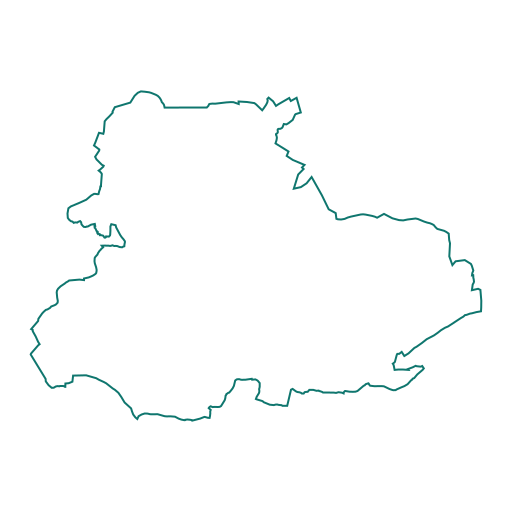 Micestii De Campie, Bistrita-Nasaud, Romania (orthographic projection)
{"feature_id": "2599482B41315370322587", "entity_name": "Micestii De Campie", "entity_type": "district", "adm_level": 2, "iso_a3": "ROU", "parent_name": "Romania", "parent_adm1": "Bistrita-Nasaud", "projection": "orthographic", "projection_center": [24.308, 46.848], "detail": "fine", "context": "isolated", "style": "outline", "palette": "teal", "viewbox_px": 512, "rotation_deg": 0, "n_neighbors": 0, "source": "geoboundaries", "source_scale": "gbopen_adm2", "svg_char_len": 5994}
<svg xmlns="http://www.w3.org/2000/svg" viewBox="0 0 512 512"><path d="M209.6,417.9L210.0,416.0L210.3,413.2L210.2,411.7L210.7,409.9L208.7,408.1L209.1,407.5L209.8,406.8L210.7,406.3L212.6,407.1L214.2,406.9L217.9,407.0L219.3,406.9L220.2,406.6L221.1,406.0L224.7,400.2L225.3,398.1L225.6,395.7L225.9,395.4L226.5,394.0L226.9,393.9L227.8,393.1L228.6,392.7L229.2,392.6L230.9,390.6L232.6,388.4L233.9,385.9L235.2,380.5L236.7,379.4L237.9,379.2L239.3,379.2L240.9,379.7L242.0,379.8L245.6,379.7L251.8,378.8L252.1,379.7L255.4,379.4L257.3,380.4L258.0,381.0L259.7,383.1L259.7,386.6L259.5,387.9L259.1,389.1L259.3,390.3L259.3,391.9L258.9,393.2L256.7,396.8L255.9,399.0L256.8,399.4L262.2,401.0L262.9,401.4L263.7,402.2L269.8,404.7L273.9,405.1L275.5,404.6L277.1,404.5L278.7,404.9L281.6,405.2L282.4,405.8L287.2,405.8L291.0,389.7L292.6,388.9L296.0,391.4L297.3,392.0L299.5,392.3L301.1,392.9L301.8,393.5L303.7,393.5L304.6,392.2L306.0,391.9L307.7,391.8L309.3,389.9L313.4,389.9L316.5,390.8L318.7,390.6L319.2,391.1L320.1,391.2L322.3,392.0L322.9,392.5L333.6,392.6L336.1,392.9L338.5,392.2L342.0,392.7L343.6,393.4L343.7,392.4L344.8,391.1L345.3,391.0L349.5,391.7L352.8,391.8L355.4,391.7L357.5,391.0L363.6,385.8L364.7,385.3L365.7,384.2L368.4,383.3L368.8,383.7L368.8,384.1L370.1,385.7L374.4,386.2L381.3,386.1L383.9,386.3L389.5,389.0L392.4,390.0L393.4,390.2L395.7,390.1L396.5,389.5L401.2,387.4L404.4,386.1L407.6,384.2L411.2,380.2L412.2,379.6L412.6,378.7L414.2,378.1L417.3,374.4L422.6,369.9L423.8,368.4L422.2,366.0L421.0,366.6L420.2,366.6L416.6,366.2L415.7,365.8L412.7,367.3L407.8,369.1L408.4,369.9L402.4,369.5L398.6,369.5L394.6,369.9L393.8,365.8L393.4,364.5L392.8,363.7L394.1,362.7L394.9,361.9L396.7,355.1L397.3,353.9L399.3,353.8L401.7,351.9L404.3,356.0L408.5,353.4L414.4,347.9L416.5,346.8L421.9,343.0L426.7,339.2L434.0,335.4L437.7,332.8L441.0,330.2L445.1,327.7L448.0,326.5L460.8,318.1L463.4,316.6L465.0,315.1L466.5,314.9L470.0,313.6L471.9,313.3L476.4,312.1L481.0,311.3L481.2,307.6L481.3,300.7L480.4,289.9L478.1,288.8L471.9,290.2L472.7,284.5L473.6,282.9L474.0,281.7L473.7,279.2L473.3,277.7L473.3,276.3L473.2,275.2L472.0,275.4L472.3,273.1L473.3,270.5L471.8,265.7L470.9,263.9L464.8,260.1L455.6,261.3L452.4,265.1L449.3,256.4L450.0,243.3L449.2,240.1L448.7,233.6L446.2,231.9L444.1,230.8L437.3,228.9L435.6,227.3L433.7,225.0L431.8,224.0L429.8,223.2L427.2,222.6L423.9,221.5L417.9,219.0L415.6,218.5L407.6,219.5L403.2,220.4L399.0,220.1L392.4,218.3L384.0,213.9L377.1,217.7L374.9,216.7L372.1,215.9L365.6,214.6L363.1,214.3L360.7,214.5L351.0,216.6L347.8,217.5L344.6,218.9L342.9,219.2L341.1,219.5L337.9,219.3L336.4,218.8L335.7,213.1L328.7,209.3L321.9,195.3L311.6,177.0L306.6,183.3L300.9,187.1L293.8,188.7L298.2,174.5L303.6,169.0L302.0,167.5L304.5,164.9L292.9,160.0L286.7,155.9L288.5,151.5L275.5,143.4L276.5,140.2L276.9,137.8L276.6,136.1L276.0,134.8L276.0,134.2L276.2,133.8L277.1,133.4L277.5,132.9L277.8,132.3L277.8,131.5L277.6,129.9L277.9,129.2L278.4,128.9L280.4,128.8L281.9,128.0L282.6,127.1L283.8,124.0L286.4,124.4L288.6,123.1L292.7,119.9L295.1,114.6L295.7,114.1L300.8,112.5L296.6,97.8L290.8,101.0L289.2,98.0L278.5,104.2L276.0,105.9L273.1,101.3L268.6,97.6L267.3,99.0L267.7,100.6L267.3,102.4L266.1,104.8L263.5,108.6L262.2,110.3L256.1,104.4L254.4,103.1L247.0,102.0L238.6,101.5L238.7,104.0L233.5,102.2L230.8,102.1L226.3,102.4L215.1,103.7L212.4,103.6L209.8,103.9L209.1,104.2L208.4,105.8L206.8,107.5L164.6,107.6L164.0,104.9L163.2,103.6L161.8,102.1L161.2,100.4L160.5,99.1L159.5,97.6L157.8,95.9L155.9,94.8L151.2,92.9L149.1,92.3L144.6,91.7L140.9,91.4L137.8,92.8L134.6,95.8L130.3,102.6L114.8,107.2L112.5,111.7L112.7,112.7L109.3,116.4L106.5,119.1L104.7,121.3L103.9,131.5L103.3,133.8L99.0,132.8L95.3,142.6L94.0,145.5L99.3,149.5L99.2,150.6L95.1,156.8L96.5,159.4L101.9,164.8L103.7,165.7L103.3,166.7L100.2,169.5L98.7,170.6L100.5,172.1L101.7,173.6L101.8,174.4L101.0,185.0L101.0,186.3L100.4,186.4L100.0,189.1L99.2,191.2L98.5,194.1L97.5,194.2L95.5,193.9L94.0,193.9L91.2,195.5L86.3,199.7L79.5,202.8L70.9,206.4L68.4,208.3L67.5,213.5L67.8,217.9L69.1,219.7L70.9,221.2L72.5,221.6L73.8,222.9L74.6,222.5L75.9,222.4L77.2,222.6L78.3,221.8L80.1,221.1L81.1,222.2L81.5,224.4L83.1,226.2L83.9,226.9L85.8,227.0L86.7,226.5L87.8,226.5L91.0,224.7L94.8,223.9L95.2,226.0L94.5,226.1L94.7,227.8L95.3,228.2L96.7,231.3L97.3,231.4L97.7,231.9L97.2,232.3L97.4,233.3L98.0,234.0L98.4,233.7L99.9,234.3L99.9,235.2L101.4,235.2L103.2,235.7L104.5,237.6L105.4,237.6L105.9,237.2L106.1,236.4L108.9,236.6L110.0,235.4L110.2,234.5L110.4,230.9L110.4,226.5L111.3,224.2L115.6,225.2L116.2,227.5L120.2,235.0L121.7,237.2L123.6,239.4L124.9,241.3L124.9,242.4L124.5,244.1L124.3,246.3L123.0,246.7L122.1,247.3L119.5,247.0L117.4,246.1L115.9,245.9L114.2,246.0L112.5,245.3L110.6,245.9L109.7,245.9L108.7,245.7L104.5,245.6L101.8,245.7L103.1,247.3L101.3,248.9L100.6,249.8L99.5,250.9L97.9,253.3L97.5,254.5L95.4,256.8L94.7,258.0L94.5,261.2L94.8,263.3L96.1,267.2L96.6,269.7L96.6,270.9L96.2,273.0L95.5,273.9L93.3,275.4L91.4,276.3L88.8,277.4L84.0,278.5L84.0,280.1L79.4,279.6L69.1,280.5L68.1,281.3L65.8,282.6L64.8,283.5L60.6,286.3L58.1,288.7L57.0,290.6L56.7,292.4L57.2,297.8L57.8,300.9L57.6,302.7L55.9,304.5L54.6,305.2L51.2,306.5L50.0,307.9L47.5,309.4L45.8,309.9L43.7,311.8L42.2,313.4L38.4,318.8L38.1,321.0L31.2,329.1L32.7,329.9L32.8,331.3L35.7,336.5L38.1,341.8L39.6,344.2L38.2,345.3L31.0,353.6L30.7,354.5L45.6,378.9L45.8,381.4L48.6,385.2L51.7,387.8L53.8,387.7L55.7,386.5L57.5,386.1L59.4,386.3L60.0,386.0L62.5,386.0L64.1,386.1L64.6,386.7L65.3,386.8L65.4,383.5L68.7,383.2L72.4,381.7L73.1,375.6L86.1,375.3L96.2,378.2L98.8,379.7L103.8,382.0L106.2,383.3L112.8,388.5L114.9,389.8L118.4,392.8L121.3,397.0L124.6,402.5L131.1,408.4L132.0,411.4L133.2,414.5L135.3,417.3L137.3,419.0L138.6,416.2L141.6,414.5L144.7,413.5L147.6,413.6L150.0,414.2L151.9,414.3L157.6,414.2L164.6,416.2L166.8,416.4L170.3,416.3L175.0,416.7L178.6,418.6L181.4,419.6L184.4,420.2L185.1,420.1L185.2,419.8L187.4,419.5L190.3,419.8L192.2,420.2L192.3,420.6L200.1,418.6L203.9,417.1L204.7,416.9L207.9,417.8L209.6,417.9Z" fill="none" stroke="#0f766e" stroke-width="2"/></svg>